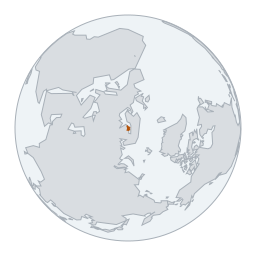 the Earth from above Ostrobothnia, rotated 141°
{"feature_id": "FIN-3182", "entity_name": "Ostrobothnia", "entity_type": "Province", "adm_level": 1, "iso_a3": "FIN", "parent_name": "Finland", "parent_adm1": "", "projection": "orthographic", "projection_center": [22.043, 62.87], "detail": "fine", "context": "on_globe", "style": "filled", "palette": "amber", "viewbox_px": 256, "rotation_deg": 141, "n_neighbors": 0, "source": "natural_earth", "source_scale": "10m", "svg_char_len": 11772}
<svg xmlns="http://www.w3.org/2000/svg" viewBox="0 0 256 256"><g transform="rotate(141 128 128)"><circle cx="128" cy="128" r="113" fill="#eef3f6" stroke="#a8b0b8"/><path d="M17.3,107.4L18.3,103.0L19.0,100.1L19.1,99.3L22.3,89.1L24.7,83.6L41.0,56.5L44.0,53.1L46.2,51.1L62.5,38.8L50.4,46.7L54.7,43.0L60.1,39.1L59.5,39.9L66.5,36.2L71.8,33.2L80.5,31.1L86.8,33.8L83.6,34.7L85.5,35.4L89.6,34.4L91.9,33.6L103.9,36.0L117.7,35.2L121.7,32.8L121.1,35.2L128.5,29.4L135.8,28.3L127.8,30.9L127.1,32.3L132.1,32.1L132.5,33.5L135.1,34.3L135.1,36.1L130.4,37.7L130.4,38.9L133.9,38.7L136.2,40.5L131.0,40.5L134.4,43.7L127.1,47.3L113.2,46.5L109.3,50.5L95.3,55.3L96.7,56.6L92.3,59.5L92.3,62.0L89.7,62.3L91.9,64.2L94.3,63.4L96.1,64.0L96.3,65.5L93.0,66.1L92.4,65.4L91.6,66.4L89.8,66.1L90.8,67.1L86.8,67.7L91.1,69.4L88.1,71.8L85.4,71.6L85.3,68.7L78.9,61.5L76.1,60.7L72.2,62.4L65.6,71.7L62.7,72.2L59.0,75.0L60.7,76.0L64.3,74.2L66.6,76.9L70.6,74.5L72.2,75.4L76.5,74.3L76.2,77.7L73.5,81.7L69.9,82.8L68.7,84.6L72.3,86.3L65.9,91.2L62.2,99.5L60.5,100.5L56.7,97.4L56.0,90.3L51.0,86.8L54.5,92.4L50.2,95.1L49.7,97.0L50.1,98.9L51.8,99.3L50.4,101.0L46.4,95.9L47.7,94.3L48.9,95.8L48.6,92.6L45.8,89.5L43.9,91.2L41.8,85.1L40.4,86.4L39.2,85.8L41.6,84.2L37.2,87.1L34.5,81.4L28.5,86.6L34.1,78.8L35.8,74.7L37.5,70.2L36.4,71.0L40.0,64.5L40.9,60.7L37.8,62.2L33.8,67.0L30.2,73.6L30.7,74.0L29.0,78.6L26.8,79.4L23.3,88.7L21.7,91.2L20.2,95.6L19.2,99.5L18.0,105.0L18.3,106.2L18.2,110.5L17.0,113.4L18.0,113.8L17.3,118.2L17.9,128.9L17.6,128.7L18.0,141.4L20.4,152.9L20.9,157.4L20.4,157.5L21.7,161.4L21.8,162.4L28.6,177.5L33.7,186.8L34.5,189.7L32.3,187.4L32.5,187.7L28.3,180.4L24.7,172.9L21.6,165.1L19.2,157.1L17.3,149.0L16.1,140.7L15.4,132.4L15.4,124.0L16.0,115.7L17.3,107.4ZM26.9,87.6L23.0,100.0L23.6,94.5L23.8,95.2L25.1,91.7L27.1,86.1L28.1,81.6L26.9,87.6ZM28.8,89.7L29.3,87.7L29.0,89.4L28.8,89.7ZM92.8,33.1L89.7,34.3L85.8,34.8L88.4,33.6L92.8,33.1ZM100.2,32.8L98.8,33.7L96.9,32.5L98.3,32.4L100.2,32.8ZM124.5,30.9L121.9,31.2L124.3,30.4L124.5,30.9ZM135.5,34.2L136.1,33.7L137.2,34.3L135.5,34.2ZM76.4,72.5L76.4,73.4L75.6,73.1L76.4,72.5ZM78.2,71.3L77.2,70.4L77.9,69.7L78.5,70.2L78.2,71.3ZM138.3,37.6L139.8,38.9L137.4,37.9L138.3,37.6ZM79.3,72.6L79.3,68.5L80.6,67.3L84.0,68.5L79.3,72.6ZM140.2,39.8L144.1,43.1L145.9,42.2L143.2,46.7L140.8,42.4L137.5,41.2L139.8,41.0L140.2,39.8ZM95.0,62.5L92.4,63.4L94.3,61.3L95.0,62.5ZM95.7,61.1L99.0,54.1L102.9,53.7L101.0,56.0L105.8,54.5L106.0,57.7L103.5,59.2L100.9,58.9L103.0,60.4L95.7,61.1ZM141.1,48.8L141.3,49.9L140.1,49.0L141.1,48.8ZM96.9,64.1L97.3,62.7L100.6,62.2L100.6,64.9L99.5,64.2L96.9,64.1ZM106.9,52.6L109.4,52.7L110.3,55.4L111.4,55.8L106.4,57.7L106.9,52.6ZM98.8,65.1L100.5,66.3L99.1,68.0L96.8,65.4L98.8,65.1ZM101.5,60.9L103.1,60.8L102.2,61.7L101.5,60.9ZM95.1,74.7L95.4,72.9L97.2,72.4L95.1,74.7ZM101.1,66.7L101.6,66.2L102.3,65.8L103.1,67.0L101.1,66.7ZM107.3,59.5L107.2,60.6L109.4,58.8L110.2,60.8L106.7,61.7L108.5,62.2L108.8,62.8L105.7,62.9L107.3,59.5ZM106.1,67.2L101.9,69.2L100.9,72.6L99.3,73.0L101.2,67.6L106.1,67.2ZM106.1,64.6L105.7,66.3L103.9,66.0L103.1,64.6L106.1,64.6ZM111.9,61.8L111.7,58.5L112.5,58.5L111.9,61.8ZM106.1,68.2L107.1,67.7L106.3,68.5L106.1,68.2ZM110.6,63.8L110.4,62.7L111.2,62.6L110.6,63.8ZM109.3,67.7L108.0,68.4L107.3,67.4L109.3,67.7ZM110.2,66.0L111.4,66.2L107.9,66.7L109.9,65.5L110.2,66.0ZM111.4,64.0L111.9,63.5L111.4,64.5L111.4,64.0ZM112.4,70.9L108.2,71.8L106.8,69.8L111.1,69.1L112.4,70.9ZM116.0,240.0L108.5,237.2L111.9,235.7L110.9,233.6L102.2,226.6L104.1,223.1L101.7,220.8L96.8,220.2L93.9,217.3L90.9,216.4L71.8,210.6L65.9,204.6L58.5,189.6L61.8,186.9L62.2,181.1L85.1,169.8L90.2,173.2L108.6,174.6L110.9,175.9L109.0,181.0L123.0,188.6L127.2,184.4L139.6,187.1L147.6,185.7L150.0,175.3L136.8,177.4L134.3,172.5L144.6,166.6L156.2,164.7L155.5,162.8L148.0,159.8L150.4,155.3L145.4,158.4L147.6,160.2L144.5,162.2L142.3,160.8L143.2,159.2L139.7,158.8L136.1,166.7L138.0,169.3L128.9,171.3L131.1,175.9L128.7,178.2L124.0,171.2L124.3,168.6L115.8,160.3L114.7,163.3L122.7,171.3L120.3,170.7L118.8,175.0L118.0,171.2L109.7,161.9L101.3,162.2L91.0,170.7L86.0,169.9L81.7,166.0L85.1,155.5L95.8,158.4L97.1,155.0L94.7,148.6L98.1,150.1L98.4,147.9L102.5,148.7L107.8,144.4L111.9,144.5L113.7,137.8L116.0,137.0L114.3,141.2L115.3,144.2L125.3,144.5L127.1,143.0L127.5,138.7L130.2,139.4L129.3,135.2L134.9,133.2L127.3,132.2L127.6,127.4L130.8,123.5L129.5,121.8L124.2,128.1L123.4,130.8L124.8,133.4L121.3,140.9L117.9,142.0L116.4,133.6L111.4,134.3L112.5,127.7L126.1,114.3L131.9,111.5L142.1,116.9L140.9,120.2L136.6,119.9L140.8,124.6L140.4,122.1L142.6,122.7L143.4,118.5L145.0,118.8L143.0,114.3L145.1,114.2L146.4,117.0L149.3,110.9L153.6,109.6L153.5,108.0L152.2,106.8L158.5,106.1L158.1,105.0L155.9,104.8L153.7,102.6L152.4,98.5L154.6,98.5L155.4,99.9L160.5,103.1L162.3,107.2L163.1,106.8L162.1,103.3L155.9,99.4L154.4,96.9L157.6,98.3L156.3,97.6L156.3,96.4L158.4,95.2L155.0,93.5L151.8,80.7L155.5,77.3L158.7,79.8L158.8,71.4L163.0,68.6L161.0,68.4L159.6,64.4L158.3,65.2L157.2,64.8L153.2,55.5L154.0,53.4L150.0,49.4L148.9,49.3L148.1,50.6L143.2,46.7L145.9,42.2L148.1,42.5L148.3,39.6L153.4,40.9L157.7,40.8L163.2,44.2L166.1,43.9L165.8,42.8L169.6,41.7L178.3,43.7L172.5,47.0L159.7,45.8L165.0,46.6L164.2,47.9L166.3,49.2L170.0,49.7L170.2,48.8L178.1,58.0L187.8,63.4L186.3,58.9L188.1,57.3L197.8,60.3L211.4,74.6L214.1,73.2L216.1,74.4L218.0,78.4L215.1,76.7L214.5,79.0L212.5,77.5L214.6,83.5L211.9,81.7L214.8,87.4L216.8,87.3L216.0,82.5L219.7,88.4L222.4,86.4L225.8,88.9L231.6,101.9L232.9,111.3L233.6,112.8L232.4,114.7L233.4,120.8L237.4,120.7L238.2,122.5L238.6,132.2L238.1,131.1L235.2,136.3L236.4,141.7L238.7,138.8L239.6,140.5L238.6,144.0L237.5,142.9L236.4,144.6L235.4,140.4L232.1,137.7L231.0,143.3L229.9,140.9L225.2,140.7L222.9,148.7L220.2,164.6L221.8,171.3L219.9,177.1L212.7,173.9L209.0,168.6L206.7,171.8L199.1,170.7L186.7,179.3L184.7,178.1L182.4,180.6L177.0,181.1L173.8,178.7L170.7,180.4L179.1,186.6L182.4,184.6L184.9,179.3L186.6,182.0L191.8,181.8L187.0,192.9L168.2,207.8L166.0,203.0L149.7,190.2L149.9,188.0L149.9,187.8L149.6,187.4L148.5,191.1L145.6,188.0L154.7,198.6L156.4,203.2L167.9,208.2L166.9,209.4L170.5,209.7L181.5,203.0L181.7,204.7L176.7,214.3L161.1,227.7L163.0,231.0L161.5,233.8L151.4,237.4L151.9,238.0L146.5,239.1L146.3,239.1L136.2,240.3L126.1,240.6L116.0,240.0ZM77.6,178.7L77.1,180.5L77.6,178.7ZM168.7,167.4L175.4,164.8L171.7,159.4L174.0,158.1L171.9,156.8L171.4,159.1L166.2,155.3L168.8,152.0L167.7,149.3L165.4,150.1L161.4,156.8L168.8,162.1L167.6,165.5L168.7,167.4ZM18.0,129.2L17.9,131.0L17.7,129.3L18.0,129.2ZM22.9,94.8L22.4,97.0L21.9,98.5L22.1,97.0L22.9,94.8ZM21.2,113.1L21.1,115.9L20.9,113.5L21.2,113.1ZM22.5,101.9L21.3,111.0L20.8,106.7L21.8,101.1L21.6,104.3L22.5,101.9ZM27.3,90.1L26.8,91.6L26.4,91.7L27.3,90.1ZM28.5,90.9L28.6,90.4L29.1,89.4L28.5,90.9ZM50.5,95.4L50.8,95.9L50.8,97.9L50.0,97.2L50.5,95.4ZM55.7,105.8L53.3,108.3L54.4,106.0L52.9,105.4L53.3,99.9L59.6,100.8L56.7,101.3L55.7,105.8ZM55.7,92.9L54.7,96.2L55.5,92.6L55.7,92.9ZM96.2,135.7L97.6,137.6L96.2,139.9L91.1,140.2L93.1,136.8L96.2,135.7ZM100.0,139.9L100.0,131.7L103.2,131.4L101.4,132.9L103.5,133.5L101.2,136.2L104.3,144.0L103.2,146.6L94.3,145.4L97.8,144.3L96.2,142.4L100.0,139.9ZM94.3,112.9L94.3,109.8L101.2,113.1L100.4,115.7L95.2,115.9L93.2,113.1L94.3,112.9ZM85.1,75.7L84.7,74.6L85.6,74.4L86.7,75.2L85.1,75.7ZM95.1,73.9L88.0,80.6L87.1,79.6L84.0,85.0L80.5,84.4L82.7,80.9L77.6,84.6L78.2,81.3L75.0,84.2L80.2,76.4L80.5,73.7L81.5,76.9L84.6,77.5L86.1,76.9L90.5,73.2L92.7,67.7L96.2,67.5L98.1,68.8L98.1,70.1L95.8,69.8L97.5,71.7L94.2,72.3L95.1,73.9ZM118.3,86.3L115.6,85.1L118.4,89.8L115.1,90.1L115.6,90.6L113.4,92.2L111.5,95.1L110.0,94.8L109.9,96.1L108.4,97.2L107.8,98.9L104.9,98.9L103.9,101.0L103.1,99.9L102.2,103.5L101.5,100.8L99.5,102.2L101.2,104.0L86.7,100.9L81.2,101.9L76.9,104.3L76.4,99.6L80.0,94.5L85.6,90.0L91.0,89.9L89.8,87.9L92.0,87.2L92.1,89.1L93.3,85.9L95.2,85.9L100.2,82.4L100.9,77.9L102.7,76.6L103.4,78.3L104.8,75.8L107.3,78.2L108.7,77.4L112.5,79.0L113.0,83.0L114.5,81.7L117.5,83.0L118.3,86.3ZM113.4,71.5L114.8,76.0L113.6,78.4L107.4,74.6L105.8,75.1L101.7,72.9L103.5,69.5L104.5,70.4L105.9,70.5L104.8,71.5L106.7,70.8L108.1,72.1L110.0,71.9L109.9,73.4L113.4,71.5ZM113.4,174.1L115.2,174.5L117.9,174.5L117.1,177.2L113.4,174.1ZM107.6,167.8L109.2,167.7L109.3,171.5L107.4,171.1L107.6,167.8ZM110.0,164.5L109.3,167.4L108.5,165.6L110.0,164.5ZM115.8,140.8L117.4,140.5L117.7,141.5L116.8,142.9L115.8,140.8ZM125.8,100.8L124.5,99.5L124.9,98.9L123.9,95.1L126.3,94.7L127.8,96.8L125.8,100.8ZM147.9,177.5L145.6,179.9L144.3,179.2L145.4,178.5L147.9,177.5ZM130.6,179.4L134.6,180.4L130.4,180.1L130.6,179.4ZM128.2,99.7L127.5,98.1L129.1,98.9L128.2,99.7ZM128.0,94.2L129.8,94.6L126.5,94.2L128.0,94.2ZM170.8,232.2L166.2,233.9L165.8,233.9L169.2,231.3L175.2,228.4L178.3,226.0L179.7,226.6L171.3,232.0L170.8,232.2ZM239.1,146.6L238.6,149.0L235.4,151.9L236.6,148.4L239.5,142.2L239.4,143.6L239.9,141.1L239.1,146.6ZM240.5,133.4L240.5,133.0L240.5,130.4L240.6,127.9L239.4,113.0L239.3,110.8L240.0,115.9L240.6,124.6L240.5,133.4ZM222.2,171.4L224.5,172.6L223.3,175.0L222.2,171.4ZM237.7,105.5L239.0,111.7L237.5,105.1L237.7,105.5ZM236.2,100.6L236.7,101.4L236.4,102.0L236.2,100.6ZM234.7,114.4L234.6,117.3L234.1,116.6L233.8,112.4L234.7,114.4ZM228.5,91.2L230.5,93.4L231.3,94.7L230.2,94.6L228.5,91.2ZM147.3,94.6L146.1,100.4L146.8,104.4L149.6,106.5L145.1,106.1L144.0,99.9L147.3,94.6ZM151.0,82.4L148.5,80.7L149.9,79.9L150.7,80.2L151.0,82.4ZM149.3,82.4L145.7,83.4L144.5,81.5L147.6,81.1L149.3,82.4ZM137.0,91.4L136.4,93.1L135.1,92.4L137.0,91.4ZM237.2,100.4L237.3,101.1L238.1,104.5L236.0,96.4L236.2,96.7L237.2,100.4ZM236.4,98.4L237.2,101.6L236.1,97.5L236.4,98.4ZM237.1,101.6L236.6,100.7L236.3,98.8L237.1,101.6ZM236.1,97.2L235.1,94.5L235.4,94.8L236.1,97.2ZM235.3,98.7L235.5,96.4L236.1,101.2L233.6,97.4L233.1,94.9L235.3,98.7ZM216.5,70.1L215.2,69.6L214.1,67.3L215.3,68.2L216.5,70.1ZM209.2,59.7L213.3,66.5L216.4,72.3L216.6,71.3L219.5,74.1L217.9,74.8L213.9,69.5L212.0,65.4L209.4,63.6L206.6,60.0L203.7,59.0L201.7,57.2L203.7,56.9L209.2,59.7ZM202.5,58.8L196.4,56.3L195.3,52.8L196.4,52.5L199.7,55.1L200.0,56.8L202.5,58.8ZM194.6,54.7L194.9,56.4L186.5,57.2L184.5,56.5L190.3,53.8L190.9,55.3L193.1,55.8L194.6,54.7ZM142.4,49.6L141.4,49.8L141.9,49.0L142.4,49.6ZM156.5,65.4L155.1,64.7L155.7,63.7L156.5,65.4ZM151.6,62.3L151.9,64.0L150.6,62.2L151.6,62.3ZM152.7,67.7L151.5,64.6L154.0,67.6L152.7,67.7Z" fill="#d9dde1" stroke="#a8b0b8" stroke-width="1"/><path d="M127.3,129.8L127.3,129.7L127.3,129.4L127.4,129.2L127.3,129.3L127.4,129.1L127.3,128.9L127.2,129.0L127.2,128.9L127.2,128.7L127.1,128.4L127.2,128.2L127.3,128.1L127.4,127.9L127.5,127.8L127.5,127.7L127.5,127.4L127.8,127.3L127.7,127.3L127.8,127.3L127.8,127.2L127.9,127.3L127.9,127.5L127.9,127.4L128.0,127.4L128.2,127.2L128.3,127.2L128.2,127.0L128.2,126.9L128.3,126.9L128.2,126.8L128.2,126.7L128.3,126.7L128.3,126.8L128.4,126.7L128.5,126.5L128.5,126.4L128.6,126.5L128.7,126.4L128.8,126.3L128.8,126.2L128.7,126.2L128.8,126.2L129.0,126.3L129.1,126.2L129.2,126.3L129.2,126.2L129.3,126.2L129.3,126.3L129.5,126.4L129.4,126.4L129.3,126.5L129.3,126.4L129.2,126.4L129.3,126.5L129.2,126.5L129.3,126.6L129.4,126.9L129.5,127.0L129.4,126.9L129.2,126.8L129.0,127.0L128.9,127.0L128.7,127.0L128.5,127.3L128.6,127.5L128.4,127.6L128.5,127.6L128.4,127.6L128.3,127.8L128.3,128.0L128.2,128.2L127.9,128.1L127.7,128.1L127.7,128.3L127.8,128.3L127.7,128.5L127.6,128.8L127.5,129.0L127.7,129.3L127.6,129.5L127.4,129.7L127.4,129.8L127.3,129.8ZM127.5,127.3L127.4,127.3L127.5,127.4L127.4,127.4L127.2,127.4L127.1,127.2L127.3,127.2L127.2,127.3L127.3,127.3L127.2,127.3L127.3,127.3L127.4,127.2L127.5,127.3ZM128.1,127.3L128.0,127.2L128.1,127.3ZM128.7,126.2L128.7,126.3L128.6,126.2L128.7,126.2ZM127.3,127.8L127.2,127.8L127.2,127.7L127.2,127.8L127.3,127.8L127.3,127.8ZM127.9,127.1L128.0,127.0L127.9,127.1ZM128.0,127.1L127.9,127.2L128.0,127.1L128.0,127.1Z" fill="#f59e0b" stroke="#b45309" stroke-width="1.5"/></g></svg>